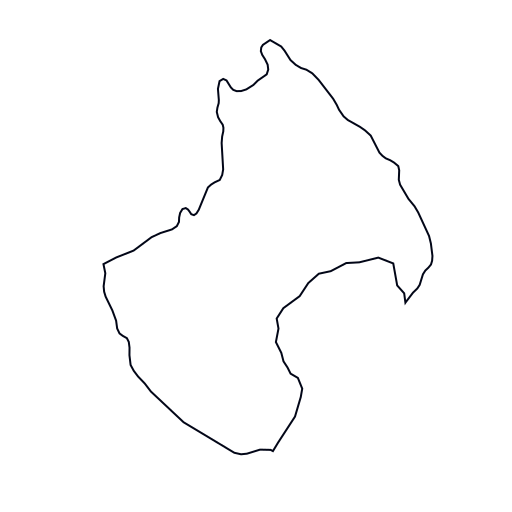 outline of Toyama, rotated 134°
{"feature_id": "JPN-1846", "entity_name": "Toyama", "entity_type": "Prefecture", "adm_level": 1, "iso_a3": "JPN", "parent_name": "Japan", "parent_adm1": "", "projection": "robinson", "projection_center": [137.15, 36.624], "detail": "fine", "context": "isolated", "style": "outline", "palette": "ink", "viewbox_px": 512, "rotation_deg": 134, "n_neighbors": 0, "source": "natural_earth", "source_scale": "10m", "svg_char_len": 1881}
<svg xmlns="http://www.w3.org/2000/svg" viewBox="0 0 512 512"><g transform="rotate(134 256 256)"><path d="M185.8,116.1L179.9,123.5L179.1,134.0L166.0,152.1L172.2,166.9L188.8,177.3L198.4,186.2L215.0,191.7L225.1,198.5L239.1,199.6L254.5,196.7L274.5,200.1L286.6,197.7L292.6,189.4L304.1,181.9L308.1,170.5L312.7,163.0L314.3,155.9L316.6,149.4L314.6,141.2L319.3,130.6L326.4,125.8L344.4,116.4L374.9,110.5L384.6,108.3L385.3,110.8L392.5,118.6L404.5,125.2L409.0,129.0L412.6,134.9L425.9,192.6L426.5,237.5L425.0,247.4L424.6,257.2L423.5,264.2L421.5,270.5L415.3,278.1L409.8,283.3L406.2,287.8L404.8,291.8L406.0,296.4L406.5,300.4L404.6,305.5L399.7,311.7L394.9,321.6L389.7,335.9L387.2,340.4L383.6,344.6L373.1,352.4L367.8,360.1L354.1,355.5L337.1,347.8L315.0,344.2L305.9,340.7L295.2,334.9L289.5,333.7L285.0,335.1L281.6,338.1L277.7,340.5L273.3,341.5L270.4,339.9L269.8,337.3L270.2,334.7L270.9,331.6L269.7,329.0L266.8,328.4L262.5,329.3L240.1,338.2L235.8,337.9L231.7,336.9L226.5,334.9L221.2,336.6L216.5,339.8L198.6,359.2L193.5,363.4L189.1,366.1L186.4,368.5L184.7,371.1L183.8,375.5L182.5,379.7L179.6,384.3L176.1,386.8L172.0,389.0L169.7,391.0L162.2,399.5L155.5,403.7L151.4,402.6L150.2,399.2L152.2,391.2L152.3,387.8L150.9,384.5L147.7,381.3L142.9,378.7L134.8,376.7L128.7,376.6L117.9,374.5L113.4,376.7L110.3,380.5L108.2,386.2L107.0,391.2L105.3,394.8L102.3,397.1L99.3,397.7L90.9,395.9L87.8,383.4L88.5,378.0L91.1,367.3L90.9,360.2L89.5,354.2L87.0,349.2L85.5,342.4L85.8,333.4L89.3,309.7L91.2,302.9L93.1,297.9L94.7,290.0L94.4,284.4L90.9,271.0L89.9,264.8L89.7,257.1L95.9,239.0L96.1,234.6L95.6,230.5L93.9,226.0L92.9,221.6L92.5,216.1L94.9,212.5L102.0,206.2L104.6,201.9L109.0,186.0L110.1,176.5L112.0,169.6L121.4,145.4L125.5,138.9L133.4,129.1L137.1,126.0L140.6,124.2L144.8,123.9L148.8,124.1L153.2,123.2L163.1,118.2L167.3,117.4L173.3,117.6L185.2,116.2L185.8,116.1Z" fill="none" stroke="#020617" stroke-width="2"/></g></svg>